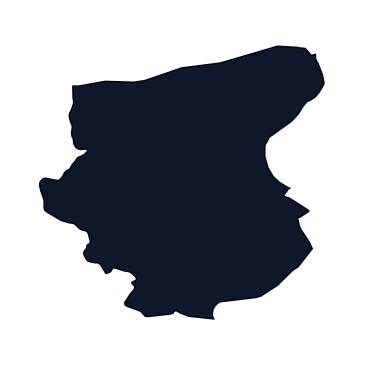 outline of Foggia, rotated 350°
{"feature_id": "ITA-5404", "entity_name": "Foggia", "entity_type": "Province", "adm_level": 1, "iso_a3": "ITA", "parent_name": "Italy", "parent_adm1": "", "projection": "robinson", "projection_center": [15.34, 41.5], "detail": "fine", "context": "isolated", "style": "filled", "palette": "ink", "viewbox_px": 384, "rotation_deg": 350, "n_neighbors": 0, "source": "natural_earth", "source_scale": "10m", "svg_char_len": 2553}
<svg xmlns="http://www.w3.org/2000/svg" viewBox="0 0 384 384"><g transform="rotate(350 192 192)"><path d="M93.2,67.0L98.4,68.0L125.8,68.0L153.8,73.8L164.6,74.1L203.5,68.0L242.0,69.9L301.6,63.3L321.4,68.0L321.6,68.4L328.4,70.3L333.2,78.2L337.5,78.0L336.8,82.6L338.6,88.1L340.7,98.8L340.9,102.6L340.9,107.7L338.9,110.9L334.7,115.6L329.8,119.8L325.5,121.7L320.7,123.1L316.6,126.4L310.3,133.5L301.9,139.8L277.8,151.3L271.9,158.7L269.8,169.6L271.0,181.3L274.7,191.1L279.9,197.8L286.4,203.6L288.9,205.2L287.1,206.1L282.9,210.0L281.5,212.2L286.5,214.7L303.5,230.3L303.5,231.4L294.0,235.5L291.4,235.8L291.8,244.6L292.7,247.8L298.8,261.9L300.6,268.6L283.6,284.0L277.7,286.5L262.3,297.0L260.2,298.6L241.7,306.4L237.4,306.9L200.3,305.0L197.2,306.4L194.3,308.7L192.1,311.7L190.4,316.6L191.3,320.7L166.9,313.7L159.5,309.0L156.5,306.6L155.2,306.1L154.1,306.2L153.3,306.7L152.0,308.1L149.6,308.4L127.1,307.0L125.4,306.6L124.2,306.0L121.5,301.7L120.2,300.3L119.5,299.7L108.5,293.4L107.1,292.2L106.6,291.4L106.4,290.5L106.7,289.5L107.1,288.7L113.9,281.4L115.4,280.2L117.7,278.3L118.3,277.5L118.9,276.7L119.2,275.7L119.0,274.6L117.3,272.0L117.0,271.1L117.4,270.4L120.5,269.5L121.4,269.1L122.0,268.5L122.4,267.8L122.1,266.7L121.2,265.0L118.7,261.7L117.3,260.3L115.9,259.4L111.3,257.8L103.3,253.5L101.4,253.0L100.5,253.4L98.6,255.7L97.8,256.4L96.7,256.8L95.8,257.0L93.0,257.1L89.4,247.6L86.7,245.2L84.1,244.8L80.7,243.6L78.0,242.2L76.9,241.0L76.1,239.5L74.9,235.7L74.7,234.2L74.9,232.9L75.4,232.0L76.1,231.1L76.8,230.5L77.7,229.9L78.3,229.3L78.7,228.4L78.9,227.4L79.3,226.5L80.0,225.9L82.0,225.1L82.7,224.5L83.2,223.6L83.3,221.9L82.7,215.3L82.1,213.4L81.3,212.1L76.3,209.8L75.2,208.8L74.1,207.4L71.1,203.3L69.9,202.3L65.4,200.9L59.2,197.8L58.0,197.1L46.5,187.3L43.8,184.4L43.7,183.4L43.7,182.2L43.8,180.9L44.5,177.3L44.8,174.8L44.8,173.6L43.4,164.9L43.1,160.8L43.2,158.5L43.6,157.1L44.2,156.0L44.8,155.2L46.3,153.9L47.2,153.4L48.2,153.0L49.3,152.9L50.5,153.1L61.1,157.2L62.2,157.4L63.4,157.2L64.6,156.5L67.4,154.2L69.4,151.4L70.8,150.1L72.1,149.3L74.2,148.7L75.1,148.3L76.1,147.5L79.0,144.1L81.8,142.0L84.0,139.6L85.0,138.7L85.8,138.2L90.2,137.2L92.2,136.4L93.4,135.8L96.3,133.5L96.7,132.4L96.3,131.7L95.2,131.4L89.7,130.7L88.5,130.4L87.5,129.9L86.6,129.3L86.0,128.7L85.4,127.8L84.6,126.0L84.1,123.5L84.3,119.6L84.1,118.4L83.7,117.2L83.5,115.5L83.7,112.5L84.9,109.3L85.4,107.4L85.6,106.0L84.6,101.4L84.4,99.6L84.3,96.4L84.6,94.6L85.2,93.3L87.5,90.1L90.5,84.9L91.0,83.1L91.3,80.6L91.2,79.0L92.9,67.9L93.2,67.0Z" fill="#0f172a" stroke="#020617" stroke-width="1.5"/></g></svg>